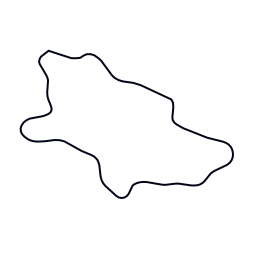 Al Bahah, Equal Earth projection, rotated 275°
{"feature_id": "SAU-885", "entity_name": "Al Bahah", "entity_type": "Region", "adm_level": 1, "iso_a3": "SAU", "parent_name": "Saudi Arabia", "parent_adm1": "", "projection": "equal_earth", "projection_center": [41.371, 20.064], "detail": "fine", "context": "isolated", "style": "outline", "palette": "ink", "viewbox_px": 256, "rotation_deg": 275, "n_neighbors": 0, "source": "natural_earth", "source_scale": "10m", "svg_char_len": 1390}
<svg xmlns="http://www.w3.org/2000/svg" viewBox="0 0 256 256"><g transform="rotate(275 128 128)"><path d="M198.0,42.1L192.6,65.6L192.9,69.6L193.7,74.2L196.5,77.8L197.9,80.6L198.3,84.1L197.6,87.9L194.9,92.6L192.6,95.5L179.1,107.4L176.7,110.4L174.9,114.5L174.0,118.6L173.4,129.5L171.7,137.1L160.2,168.7L157.1,170.6L153.1,171.3L142.4,171.3L140.1,171.8L138.2,173.0L137.0,174.2L135.7,176.3L132.6,183.0L125.3,207.5L122.6,224.0L121.7,227.0L120.3,229.7L118.2,232.0L115.9,233.5L113.4,234.4L110.8,234.9L108.2,234.9L105.1,234.1L102.4,232.5L100.0,230.0L92.8,217.8L90.1,214.5L81.3,208.6L80.0,207.3L78.2,205.0L77.0,202.0L76.5,198.9L76.3,195.9L77.0,183.2L76.7,180.1L74.6,170.1L74.5,166.9L75.8,151.2L75.6,147.9L75.0,144.6L73.9,141.6L72.5,139.2L71.5,138.1L71.0,137.6L62.5,134.4L60.2,132.9L58.4,130.5L57.7,127.7L58.0,124.8L59.6,121.9L68.3,110.5L70.9,108.0L73.8,106.2L77.3,104.9L88.4,102.7L91.0,101.7L93.7,100.2L96.4,97.1L97.8,94.1L101.0,84.0L109.1,65.9L109.8,61.8L109.9,60.3L109.6,55.7L107.6,46.6L106.7,40.3L106.5,37.0L106.7,34.1L107.3,31.5L107.9,29.7L109.1,27.5L110.8,25.0L113.1,22.7L115.5,21.5L118.3,21.1L121.1,21.7L124.5,23.6L127.0,26.3L128.8,29.4L132.3,41.9L133.6,44.9L135.1,47.6L136.8,49.4L138.3,50.1L140.7,50.2L144.1,48.9L149.7,46.0L152.7,45.0L156.4,44.4L168.6,44.2L171.1,43.3L173.6,41.9L184.1,34.4L186.6,33.6L189.4,34.1L191.6,35.2L198.0,42.1Z" fill="none" stroke="#020617" stroke-width="2"/></g></svg>